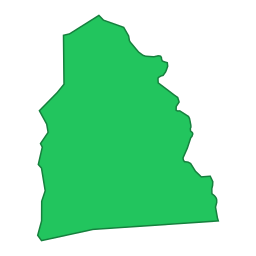 outline of Sabine, Texas, United States of America
{"feature_id": "52423323B20361031483491", "entity_name": "Sabine", "entity_type": "district", "adm_level": 2, "iso_a3": "USA", "parent_name": "United States of America", "parent_adm1": "Texas", "projection": "mercator", "projection_center": [-93.762, 31.373], "detail": "fine", "context": "isolated", "style": "filled", "palette": "green", "viewbox_px": 256, "rotation_deg": 0, "n_neighbors": 0, "source": "geoboundaries", "source_scale": "gbopen_adm2", "svg_char_len": 1157}
<svg xmlns="http://www.w3.org/2000/svg" viewBox="0 0 256 256"><path d="M218.3,220.9L217.4,217.9L215.5,207.1L216.7,202.5L216.7,199.9L216.3,198.3L215.4,196.9L214.4,195.7L211.9,193.7L211.8,188.7L212.6,185.4L212.8,181.7L210.2,176.2L201.3,176.9L195.4,171.2L190.6,163.5L188.0,162.1L184.5,161.7L183.4,160.1L183.0,157.9L187.3,148.2L190.8,137.6L191.9,136.5L192.3,135.3L192.7,134.3L192.7,133.3L192.2,132.4L190.6,131.2L190.3,128.7L190.9,127.1L190.8,125.1L190.1,121.4L189.5,118.5L188.5,116.5L179.8,110.9L177.5,111.0L176.1,110.2L176.2,106.5L179.1,102.0L177.7,97.5L174.3,95.1L158.2,82.9L158.0,79.8L158.0,78.1L158.8,77.2L159.7,76.7L161.2,75.9L163.1,75.4L165.6,71.9L166.5,69.7L167.7,66.2L167.3,62.7L164.6,61.9L162.3,61.0L161.9,60.1L161.5,58.7L161.4,57.5L160.6,56.2L159.2,55.9L158.0,55.8L157.2,56.1L156.4,56.2L153.9,56.8L145.5,56.2L142.8,55.2L138.6,52.1L130.3,42.2L129.4,40.6L128.6,35.9L123.7,27.4L103.5,20.2L98.9,15.4L69.5,33.9L63.5,35.3L64.0,84.2L57.2,92.6L39.4,110.7L46.7,124.1L48.1,132.4L40.5,143.6L42.3,147.1L38.3,164.5L41.5,168.1L45.2,190.8L41.7,201.3L41.6,220.9L37.7,235.3L41.5,240.6L93.0,229.4L218.3,220.9Z" fill="#22c55e" stroke="#15803d" stroke-width="1.5"/></svg>